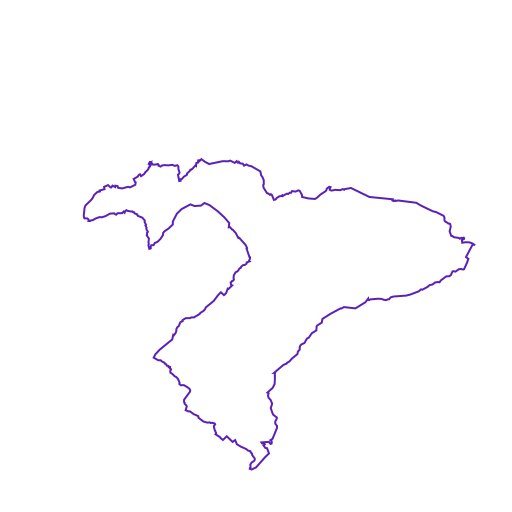 Jocotepec, Jalisco, Mexico, rotated 134°
{"feature_id": "50627088B19235204085767", "entity_name": "Jocotepec", "entity_type": "district", "adm_level": 2, "iso_a3": "MEX", "parent_name": "Mexico", "parent_adm1": "Jalisco", "projection": "albers", "projection_center": [-103.393, 20.289], "detail": "fine", "context": "isolated", "style": "outline", "palette": "violet", "viewbox_px": 512, "rotation_deg": 134, "n_neighbors": 0, "source": "geoboundaries", "source_scale": "gbopen_adm2", "svg_char_len": 6143}
<svg xmlns="http://www.w3.org/2000/svg" viewBox="0 0 512 512"><g transform="rotate(134 256 256)"><path d="M106.4,177.7L117.3,192.3L119.7,194.0L119.5,194.6L121.0,195.3L121.3,196.5L120.2,197.0L134.8,215.5L141.1,234.9L146.3,238.7L147.1,238.6L147.7,240.2L150.0,241.0L153.5,245.1L156.4,247.0L157.2,248.8L156.2,249.8L154.7,250.2L155.3,251.4L158.4,251.9L160.0,251.0L161.2,251.0L167.0,252.3L171.7,252.6L174.0,253.2L178.2,258.3L181.5,263.8L180.2,265.2L179.7,266.8L178.8,269.8L179.3,271.1L182.2,272.3L184.3,275.2L186.2,274.7L186.9,275.6L189.2,276.0L189.5,276.9L190.6,277.4L194.4,278.5L194.1,279.3L195.2,279.4L196.5,280.5L199.8,281.4L201.8,281.2L203.2,282.1L201.0,287.1L201.2,288.2L202.3,288.4L202.5,290.6L203.2,291.6L201.6,298.0L200.0,300.1L198.9,300.3L196.0,303.2L194.6,306.6L194.4,308.3L192.1,311.6L194.6,321.6L196.3,324.4L196.7,326.5L199.3,327.3L198.8,329.7L200.4,331.7L200.2,333.3L200.7,333.0L201.6,334.1L201.2,335.8L203.8,336.0L205.3,340.8L207.2,341.8L210.9,345.8L222.4,353.6L223.7,358.2L224.3,362.6L226.4,362.6L226.1,363.0L227.4,364.0L229.2,362.6L230.5,363.5L232.9,361.6L233.1,362.5L237.6,362.3L239.5,363.1L239.7,362.7L244.6,362.9L245.6,362.1L249.1,363.0L251.8,362.8L253.4,363.8L254.2,362.5L255.4,363.3L251.7,368.6L250.0,368.5L249.1,369.0L247.5,372.0L245.4,374.2L245.4,375.7L247.6,377.0L248.6,379.6L251.7,382.0L254.2,385.0L256.0,386.4L258.0,386.8L258.8,389.0L258.0,389.6L258.0,390.5L260.2,391.9L262.3,394.2L261.6,395.3L261.5,397.0L262.1,397.7L264.3,397.1L264.0,396.0L262.1,396.1L263.6,395.1L264.9,395.2L265.3,394.4L266.9,394.6L267.7,394.0L269.3,393.7L272.7,393.8L274.6,393.4L278.4,394.1L277.8,396.2L279.3,396.6L281.0,396.2L285.6,397.5L286.8,394.4L286.6,393.7L288.6,392.3L294.2,394.3L295.1,396.1L300.3,399.2L302.7,402.4L301.9,404.2L303.1,406.0L304.2,405.2L305.1,408.1L307.1,407.7L307.7,408.3L307.8,411.7L311.8,413.3L313.2,411.4L317.5,414.0L318.0,413.1L320.2,414.6L324.6,414.8L328.0,413.7L330.5,413.5L338.2,413.8L340.5,412.7L346.7,407.9L347.9,406.2L348.0,405.4L346.3,403.7L346.0,402.2L346.4,401.3L347.2,400.9L346.1,399.6L345.3,399.6L343.3,398.2L340.6,397.5L336.7,395.6L335.4,393.9L332.0,392.0L327.0,390.5L323.8,387.6L323.9,386.8L323.4,385.3L321.4,385.3L318.1,382.0L316.0,382.1L316.1,380.6L314.3,381.3L313.0,381.0L312.9,380.1L311.0,377.0L309.8,375.9L309.9,375.0L309.2,374.1L309.7,373.0L308.5,370.3L309.1,369.7L309.2,368.9L307.4,364.5L307.7,360.7L309.0,359.6L309.9,356.8L310.8,356.8L311.6,354.4L312.4,354.1L313.1,352.9L313.7,350.6L315.2,350.4L316.2,349.2L317.0,349.0L317.9,345.1L320.8,342.9L321.9,341.4L323.0,340.9L325.0,337.7L323.6,337.0L322.3,338.4L321.0,338.8L319.3,337.2L316.9,337.9L314.4,336.7L310.0,336.6L305.7,337.4L303.9,338.8L301.9,339.0L297.0,338.0L291.2,337.7L288.9,339.8L280.5,342.3L273.9,342.1L264.4,339.0L262.8,335.0L258.0,330.6L253.7,329.9L251.7,324.8L250.4,314.7L250.2,305.5L250.9,298.1L254.3,295.5L253.3,294.6L253.6,291.7L253.2,291.1L253.6,286.3L255.3,281.3L253.8,281.0L254.4,281.1L254.6,280.4L255.3,271.0L256.5,267.9L257.2,268.0L261.4,259.8L261.1,259.4L262.2,258.4L264.4,257.7L264.3,256.9L267.1,258.2L268.0,257.5L270.1,257.8L271.7,259.0L274.1,259.2L275.1,258.7L276.2,259.2L279.7,258.6L281.9,259.4L285.4,258.5L287.5,256.8L288.3,255.5L289.5,255.3L290.8,255.9L291.8,255.6L292.6,255.9L294.2,253.7L293.7,252.7L298.8,252.9L299.1,253.7L303.2,251.8L306.4,251.7L306.4,251.0L306.5,256.1L310.6,256.1L317.6,255.2L328.0,256.4L329.7,255.7L331.9,255.6L335.5,256.5L337.0,256.3L343.3,258.0L345.1,259.9L346.5,260.3L349.6,263.4L352.7,264.2L353.5,264.2L353.8,263.6L356.3,264.4L360.0,262.9L362.0,263.1L363.9,262.5L365.2,261.3L367.4,260.3L370.0,260.0L370.1,260.8L374.2,258.3L390.3,260.2L396.5,260.1L400.2,259.0L398.9,253.9L397.2,252.1L397.3,250.7L396.3,247.7L396.8,247.0L396.3,245.3L396.9,244.0L395.9,242.5L396.6,241.6L395.6,240.7L396.7,239.8L396.5,238.4L398.3,237.8L399.4,236.5L398.9,234.1L399.0,230.8L398.5,229.5L398.6,226.7L400.3,222.8L401.3,222.3L401.2,220.3L399.0,218.2L397.9,213.5L397.8,211.4L398.3,210.0L399.5,209.2L409.3,207.9L410.9,206.5L411.2,205.3L411.8,204.9L411.9,202.2L412.3,201.3L415.8,199.5L414.8,196.8L413.7,195.7L413.0,190.9L411.3,186.3L412.3,185.0L411.6,178.9L409.7,175.3L407.8,173.7L407.7,172.7L406.4,171.6L405.2,169.4L405.4,168.5L407.7,168.1L409.6,165.4L411.1,161.6L412.4,161.3L411.3,156.1L411.6,154.6L411.3,152.0L406.0,151.8L406.0,143.7L402.9,143.1L404.7,139.0L403.7,134.6L401.6,128.7L401.6,127.0L400.3,124.3L401.0,123.4L400.9,121.6L401.9,120.3L402.5,116.4L403.3,115.4L404.7,115.0L407.6,115.7L410.1,115.1L411.8,113.1L412.8,113.1L413.4,112.7L412.7,110.9L408.1,109.1L394.4,109.7L389.0,109.5L386.6,114.5L387.6,116.0L387.0,119.2L385.4,118.8L385.0,120.4L386.6,121.6L386.3,122.6L381.3,118.1L380.8,117.4L381.1,115.0L380.1,114.5L378.4,115.9L378.5,117.7L376.0,117.1L365.0,121.5L363.7,122.8L363.2,125.6L362.4,126.5L361.4,127.3L358.3,128.2L357.7,128.9L358.2,133.4L357.5,135.2L355.2,139.7L351.0,141.8L349.4,145.5L349.2,148.5L348.2,150.3L346.1,151.5L346.4,152.9L339.3,152.4L335.1,153.7L330.1,158.1L329.4,159.1L328.7,159.4L327.9,160.6L326.6,161.2L327.3,161.8L315.2,160.6L312.0,159.2L311.5,159.5L308.5,158.7L305.2,158.9L297.7,158.1L295.6,159.5L293.0,159.5L291.1,161.3L289.7,161.9L288.0,161.9L284.9,160.7L280.1,162.0L278.1,161.3L272.8,162.2L267.6,160.9L264.5,163.5L263.3,163.7L258.3,162.4L255.1,164.5L246.0,162.3L235.0,158.8L234.5,158.1L231.7,157.3L224.6,148.1L213.3,145.2L208.9,145.7L209.6,144.9L209.2,144.0L208.0,143.8L201.7,138.3L199.6,135.8L198.6,133.4L197.3,131.7L195.4,131.0L194.7,130.2L192.2,130.4L189.7,129.0L180.2,120.5L176.5,118.2L168.4,114.4L165.4,114.1L164.6,112.9L159.3,111.2L156.1,110.8L153.8,109.2L150.4,108.7L148.1,106.8L147.4,105.7L145.2,106.1L138.5,105.0L136.4,103.0L134.5,102.5L130.7,103.9L130.0,103.7L128.7,101.7L124.7,100.9L123.4,100.0L121.5,97.3L120.9,97.2L114.1,99.6L110.5,101.3L110.9,104.2L96.7,108.3L96.3,106.0L96.2,106.3L96.6,109.0L97.9,111.9L100.4,114.7L103.2,116.9L101.4,119.0L99.3,118.2L98.5,118.8L98.5,119.3L99.6,119.6L99.8,120.4L100.9,121.2L102.0,121.4L102.1,122.6L105.1,126.9L105.1,128.3L105.9,129.6L103.7,133.9L99.6,136.3L98.1,138.5L98.3,139.3L99.1,140.2L99.1,141.5L99.8,143.7L99.4,145.2L97.2,147.5L96.8,149.0L99.3,157.0L101.0,159.9L105.1,172.2L106.4,177.7Z" fill="none" stroke="#5b21b6" stroke-width="2"/></g></svg>